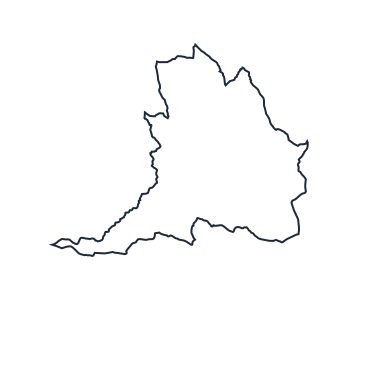 outline of San Bernardo, Nariño, Colombia, rotated 129°
{"feature_id": "7082276B75597823165208", "entity_name": "San Bernardo", "entity_type": "district", "adm_level": 2, "iso_a3": "COL", "parent_name": "Colombia", "parent_adm1": "Nariño", "projection": "equal_earth", "projection_center": [-77.01, 1.531], "detail": "fine", "context": "isolated", "style": "outline", "palette": "slate", "viewbox_px": 384, "rotation_deg": 129, "n_neighbors": 0, "source": "geoboundaries", "source_scale": "gbopen_adm2", "svg_char_len": 6003}
<svg xmlns="http://www.w3.org/2000/svg" viewBox="0 0 384 384"><g transform="rotate(129 192 192)"><path d="M80.1,134.4L82.9,133.9L85.2,135.9L86.2,137.3L87.6,138.4L89.4,138.6L90.1,141.1L90.4,143.2L90.7,149.8L89.3,151.0L88.8,151.9L87.4,153.8L87.3,154.8L87.5,156.1L87.3,157.9L88.0,161.9L88.9,164.7L89.6,165.4L90.9,165.7L91.0,166.6L90.8,167.3L90.7,168.9L90.2,170.4L89.7,172.9L89.4,173.8L88.5,175.3L86.5,178.0L85.4,180.8L84.6,183.5L81.3,187.7L79.7,190.2L75.9,193.4L75.0,194.3L73.9,195.9L73.2,200.2L72.8,201.4L71.2,204.5L70.8,205.6L70.6,208.7L70.7,211.5L69.6,215.4L69.3,215.9L68.0,216.3L67.8,217.8L67.3,217.8L66.2,219.2L66.0,220.5L65.6,221.3L64.4,221.8L63.1,223.0L63.9,227.6L63.2,229.5L63.5,230.8L63.7,230.6L64.5,230.6L64.9,231.1L65.3,231.3L65.9,231.0L66.6,231.6L68.2,231.0L68.9,231.0L69.5,231.2L70.2,231.0L71.2,230.4L73.1,230.5L74.0,229.8L74.4,229.8L75.6,230.4L78.1,229.8L79.3,230.4L82.1,232.4L83.5,232.4L84.3,232.6L87.9,232.9L87.5,234.2L83.6,238.1L82.4,239.6L81.7,241.4L80.7,242.2L80.4,243.1L80.4,244.0L80.9,246.4L79.4,246.4L79.1,246.8L78.1,248.9L77.3,250.0L77.1,251.5L76.0,253.6L75.8,255.1L76.3,259.1L76.2,262.4L75.8,263.4L76.1,268.2L76.0,270.9L76.4,273.4L75.8,279.5L75.4,281.3L75.4,282.1L76.6,281.5L78.6,282.0L79.9,280.8L80.4,280.1L82.2,278.6L86.0,276.1L87.0,275.5L87.4,275.6L89.3,278.6L90.9,280.4L91.6,282.6L93.6,286.1L95.3,288.5L96.2,288.9L99.5,289.0L99.9,289.7L100.8,290.6L101.4,290.9L102.7,291.1L106.6,292.9L110.7,298.0L111.3,298.5L112.7,301.3L114.9,300.0L117.4,299.0L119.4,296.1L123.6,291.4L126.4,288.6L129.1,284.3L131.1,282.4L131.6,282.1L133.1,281.9L134.3,280.9L137.2,274.5L137.5,272.7L137.5,271.5L137.6,271.1L140.2,267.5L141.0,265.2L142.5,263.6L144.6,262.8L146.1,260.3L147.0,259.6L147.5,259.0L148.0,257.8L149.9,257.3L150.4,261.2L149.8,262.8L149.1,263.8L150.7,266.1L151.1,266.6L152.0,267.2L152.4,267.2L154.8,268.3L155.7,268.5L156.5,268.4L156.8,269.0L157.7,270.0L159.3,272.5L159.5,273.1L159.8,278.7L163.4,276.1L164.4,275.6L164.7,274.8L164.2,273.9L164.2,271.9L165.3,269.9L165.6,268.6L166.3,267.6L166.6,267.0L165.7,266.1L165.7,265.5L169.9,263.6L172.3,260.0L173.8,258.2L174.1,256.8L173.7,255.8L173.6,254.8L174.3,252.8L174.4,250.3L174.9,249.1L175.2,247.5L176.2,245.3L176.8,245.1L178.1,245.2L181.0,246.3L182.8,245.8L183.3,246.4L184.0,246.4L184.3,246.6L186.0,248.7L187.2,248.2L187.8,248.9L188.0,248.8L188.8,248.1L189.3,247.2L189.9,244.2L190.3,243.0L190.7,242.5L191.3,242.2L192.4,242.3L193.0,241.8L193.7,241.6L194.3,240.7L195.1,239.9L196.7,239.9L197.0,239.6L197.1,238.8L196.9,238.1L197.1,236.8L196.9,236.2L196.7,234.1L196.8,233.4L197.2,232.8L200.1,231.6L201.1,230.5L201.8,228.6L202.2,228.2L204.4,228.0L205.2,227.2L206.3,225.5L207.1,225.0L208.2,225.5L211.8,225.4L213.9,225.8L215.0,226.8L215.9,227.2L216.9,227.0L219.8,225.8L220.5,225.7L222.2,226.6L224.4,228.9L224.8,229.5L225.1,229.6L226.7,229.0L230.0,228.4L230.8,227.1L231.0,227.1L231.9,227.7L232.4,227.8L233.9,226.3L235.1,226.3L237.2,225.2L238.3,224.9L239.2,224.9L239.9,225.3L241.4,227.5L242.7,227.6L243.4,227.3L244.0,227.5L244.4,227.6L245.1,228.7L245.9,228.8L247.0,228.4L247.7,228.4L248.2,228.7L249.3,230.2L249.8,230.5L250.4,230.5L250.8,230.0L252.0,229.5L253.4,229.4L254.7,229.0L255.6,229.6L256.8,229.9L258.0,230.7L258.4,230.7L259.1,229.9L259.6,229.7L261.5,230.0L262.6,230.8L263.7,232.0L264.4,232.1L265.8,231.1L266.4,231.0L268.6,232.3L273.4,233.0L274.7,232.0L275.4,231.9L276.5,232.9L276.9,233.7L277.6,234.1L279.3,233.6L280.3,232.9L280.8,232.8L282.3,233.0L284.8,231.8L285.5,231.7L285.9,231.8L287.9,232.7L289.7,234.3L289.9,235.7L290.4,236.1L290.5,236.6L290.1,237.5L290.1,239.1L291.3,240.7L292.7,241.7L293.1,242.2L293.8,243.5L294.8,244.9L296.5,248.3L297.5,249.4L298.2,249.6L299.5,249.4L303.2,248.3L304.9,248.6L305.8,250.4L306.0,251.8L306.3,252.5L306.1,256.8L306.4,257.8L307.0,258.7L308.3,260.2L310.3,263.5L313.5,264.7L316.6,265.3L318.4,265.9L319.6,266.4L320.9,267.4L319.1,262.6L317.6,257.7L314.0,255.4L312.5,254.2L310.8,252.4L310.4,251.6L310.2,250.2L310.3,247.6L310.9,241.3L310.5,239.8L308.8,235.8L307.6,234.9L307.0,233.5L305.6,231.7L305.1,230.9L304.6,229.5L304.0,228.9L303.3,228.7L300.5,229.3L294.7,221.2L290.4,217.4L288.7,216.1L287.7,213.7L286.2,211.5L282.6,205.2L282.0,204.6L280.7,204.3L280.1,204.7L279.5,205.8L278.5,206.1L270.8,206.0L269.4,205.9L267.4,204.5L266.3,204.0L264.3,204.2L262.6,204.1L261.4,202.9L258.3,197.8L255.5,195.4L253.5,193.1L252.5,192.6L250.9,192.8L249.9,193.1L247.5,194.7L247.2,194.7L244.1,191.8L244.1,190.1L243.5,188.3L242.9,186.7L241.5,184.2L241.7,183.3L241.5,182.5L240.9,182.0L239.4,181.4L238.9,180.5L238.6,179.2L238.2,175.4L237.4,174.0L237.2,172.2L234.8,167.7L234.4,166.5L234.0,164.4L233.6,159.9L233.1,158.8L232.7,158.7L230.3,160.2L228.6,160.1L227.1,159.6L226.7,161.6L226.3,162.7L225.4,164.1L224.2,166.6L222.3,168.2L219.6,169.8L218.0,170.2L217.4,169.7L217.1,169.7L216.5,170.4L215.3,170.9L211.7,170.7L209.8,171.1L209.1,171.4L208.9,171.4L208.5,171.0L207.6,168.1L206.8,167.0L206.6,164.8L205.7,163.4L205.2,162.3L205.2,160.8L205.7,159.0L205.8,157.4L206.4,155.6L206.2,154.6L205.7,154.3L204.5,154.5L204.3,154.4L203.7,152.6L200.3,149.4L199.0,147.7L198.7,145.5L198.8,141.2L198.6,138.6L197.4,135.2L197.0,134.9L196.0,134.9L193.8,135.8L191.9,135.5L191.5,135.2L191.0,134.9L189.7,133.4L189.1,132.0L188.9,130.7L188.6,130.1L188.1,129.6L186.8,129.3L185.7,127.9L185.1,127.5L185.3,125.8L186.0,123.6L185.9,121.7L186.3,120.8L185.7,118.3L186.3,115.8L186.1,112.9L186.2,111.5L186.0,110.7L185.3,108.7L181.2,101.1L178.9,98.1L176.4,96.6L176.2,96.2L175.7,94.0L174.8,92.1L174.8,91.0L173.8,89.9L171.5,89.4L168.5,88.4L159.5,84.1L157.8,82.7L154.1,85.0L152.1,86.7L146.4,92.4L142.1,101.2L138.1,107.5L136.5,108.5L135.3,108.4L132.7,107.1L125.0,105.7L123.2,104.8L122.1,103.9L120.9,103.6L119.8,104.0L117.1,106.9L114.9,108.7L111.3,111.0L110.4,111.7L109.7,113.9L109.1,118.4L108.5,119.7L108.3,120.3L108.6,122.3L108.3,122.8L107.3,123.6L105.9,124.4L104.2,126.8L102.8,127.4L101.4,127.1L100.5,127.7L99.5,129.5L96.9,129.3L95.2,128.9L93.0,129.4L91.7,129.4L90.2,129.9L86.8,129.8L85.1,130.2L83.1,131.3L80.9,133.0L80.1,134.4Z" fill="none" stroke="#1e293b" stroke-width="2"/></g></svg>